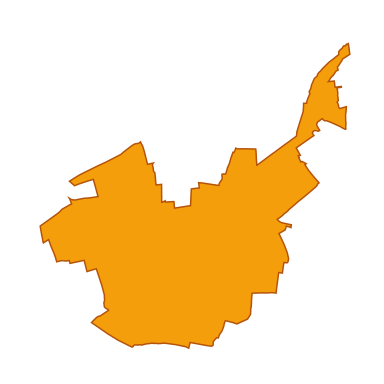 Bals, Iasi, Romania (Mercator projection), rotated 94°
{"feature_id": "2599482B11292299887477", "entity_name": "Bals", "entity_type": "district", "adm_level": 2, "iso_a3": "ROU", "parent_name": "Romania", "parent_adm1": "Iasi", "projection": "mercator", "projection_center": [26.966, 47.282], "detail": "fine", "context": "isolated", "style": "filled", "palette": "amber", "viewbox_px": 384, "rotation_deg": 94, "n_neighbors": 0, "source": "geoboundaries", "source_scale": "gbopen_adm2", "svg_char_len": 5784}
<svg xmlns="http://www.w3.org/2000/svg" viewBox="0 0 384 384"><g transform="rotate(94 192 192)"><path d="M236.6,341.1L245.1,339.0L250.1,337.6L251.5,337.3L252.5,337.0L253.2,336.7L252.6,336.0L249.4,331.7L250.5,331.3L253.2,330.1L256.0,328.9L263.2,325.2L264.4,324.7L266.4,323.8L271.1,322.1L269.7,318.0L269.5,315.0L269.7,312.9L269.4,311.3L268.9,309.7L271.7,308.7L267.7,294.8L278.7,291.2L276.5,285.6L275.3,282.1L291.6,275.4L301.0,272.2L303.8,272.0L305.1,271.7L307.2,271.8L308.6,272.2L312.8,271.4L314.4,269.2L315.1,267.3L316.0,267.1L317.1,268.6L320.9,273.5L321.9,274.7L322.7,277.0L323.8,278.4L327.9,282.1L329.3,283.1L339.3,266.2L344.9,255.6L350.4,242.3L350.9,241.0L350.7,240.8L350.6,240.3L350.2,239.9L349.7,240.0L349.1,239.4L348.7,238.8L348.5,237.5L348.4,237.2L348.5,236.8L348.5,236.6L348.4,236.4L348.4,235.8L348.5,235.6L348.5,235.4L348.5,235.2L348.3,234.8L348.2,234.5L348.1,233.7L348.0,233.4L348.0,233.1L348.1,232.5L348.2,231.4L348.1,231.0L347.9,230.8L347.9,230.7L347.7,230.1L347.7,229.9L347.6,229.6L347.4,229.3L347.4,229.2L347.3,228.8L346.9,228.0L346.9,227.5L346.7,226.7L346.4,225.7L346.3,225.4L346.4,225.0L346.3,224.5L346.2,224.3L346.2,224.0L345.6,221.6L345.5,221.2L345.7,220.5L345.7,219.0L345.5,217.9L345.6,216.1L345.5,213.8L345.1,211.7L344.7,208.7L344.8,207.1L345.4,197.8L346.7,188.0L346.7,187.7L348.0,184.4L342.3,183.4L342.9,177.6L343.9,169.0L344.2,166.0L344.5,161.9L343.7,160.5L343.2,160.3L342.6,160.2L339.9,160.4L336.3,157.8L335.6,156.9L335.7,155.5L333.8,155.1L331.7,154.3L329.7,153.0L327.4,152.0L323.5,150.9L321.4,150.7L320.7,150.5L318.5,149.9L318.0,149.7L319.4,141.9L320.4,138.4L320.4,137.8L314.9,127.7L310.0,125.1L306.8,125.1L304.4,125.3L303.2,125.0L302.0,124.9L297.4,125.0L296.1,125.1L288.9,125.0L288.6,123.8L288.5,122.2L288.3,121.5L288.3,120.3L288.3,119.9L288.1,118.9L287.7,114.0L287.4,109.0L287.1,107.9L286.8,104.3L287.0,101.1L279.3,100.7L266.3,99.9L266.6,96.2L259.4,95.7L256.0,95.4L256.0,92.2L254.7,91.3L251.7,91.0L249.1,91.8L246.7,92.5L245.4,93.0L238.4,96.2L229.9,100.9L227.4,102.4L223.3,96.4L219.5,95.5L220.1,92.1L220.6,90.8L217.8,90.6L216.7,98.4L216.4,100.2L216.1,101.2L215.5,102.4L214.8,103.4L213.3,105.1L211.6,102.9L210.3,101.4L208.9,99.9L207.6,98.8L207.0,98.2L205.4,96.3L204.2,95.1L203.7,94.7L203.0,94.3L202.7,94.1L202.6,93.9L193.8,85.0L186.8,77.5L179.6,70.2L178.2,68.8L177.3,68.1L176.6,67.9L176.3,67.6L175.2,67.2L174.0,65.9L168.5,71.4L162.2,77.3L156.8,81.3L155.8,80.0L153.8,84.5L154.4,85.7L150.3,87.8L150.0,87.4L148.5,88.6L148.3,88.1L148.0,87.6L147.8,87.1L147.8,86.6L140.7,91.1L130.1,78.0L127.2,74.3L125.1,76.0L124.5,76.0L123.8,75.7L123.3,75.4L122.7,74.9L122.3,74.2L122.1,73.6L122.1,72.8L122.2,71.8L122.5,70.9L122.4,70.1L122.1,69.4L121.7,68.9L117.0,72.1L116.0,72.3L114.9,72.1L113.8,71.8L113.2,71.4L112.5,70.4L112.0,69.6L111.3,69.1L110.2,67.8L109.8,67.0L111.0,65.9L111.7,64.5L111.5,62.8L113.0,57.9L116.3,49.0L117.0,47.5L117.7,46.2L118.8,43.4L118.7,43.1L118.0,42.9L117.6,43.0L116.7,43.2L115.4,43.2L114.5,43.3L113.5,43.2L112.5,43.2L111.5,43.5L109.8,43.7L105.4,44.1L103.1,44.2L102.2,44.1L101.7,43.9L99.8,44.0L98.9,43.9L96.1,44.0L96.9,46.1L98.4,50.2L98.0,50.7L97.5,51.2L96.8,51.7L96.3,51.9L95.9,52.0L95.3,51.9L94.3,52.3L93.7,52.6L92.6,53.4L92.2,53.5L91.5,53.0L90.6,52.4L87.3,53.0L85.9,53.4L85.3,53.5L84.3,53.4L83.4,53.5L82.7,53.5L81.3,53.9L80.1,54.0L78.0,54.7L77.6,52.7L77.3,51.2L77.0,50.3L76.3,50.4L77.5,56.5L75.6,57.0L72.2,57.6L71.3,57.9L71.7,59.9L71.9,60.8L72.2,62.5L72.3,63.2L72.4,63.7L70.7,62.7L68.9,61.8L67.5,60.9L65.9,59.3L61.6,56.9L60.7,55.8L60.1,54.7L59.3,55.0L58.1,55.5L57.0,55.5L56.1,54.8L52.1,52.6L50.3,51.5L49.6,51.3L49.0,51.3L43.6,44.1L40.9,44.8L38.8,45.1L33.1,46.4L33.6,47.0L33.9,47.5L33.6,47.8L33.9,48.2L34.4,48.7L35.2,49.0L35.5,49.6L35.6,50.4L35.8,51.0L36.4,51.4L38.4,52.4L38.8,52.8L39.4,53.8L40.0,54.3L42.0,55.5L42.9,55.3L43.8,55.2L44.8,55.3L47.4,58.2L48.9,59.7L52.5,63.9L54.2,65.5L56.6,67.6L59.5,70.2L62.1,72.0L64.1,73.9L66.0,75.0L67.3,75.1L68.0,75.6L70.1,77.8L72.8,78.8L77.2,80.3L77.7,80.3L79.5,80.6L80.6,80.8L83.1,81.8L83.8,82.2L85.1,81.6L85.4,81.2L90.7,83.0L92.9,83.6L94.8,83.9L95.5,83.9L95.7,86.9L98.7,86.7L101.1,86.7L102.9,86.7L104.0,86.7L112.2,88.7L124.3,91.5L128.2,91.7L128.3,91.7L128.7,91.6L129.3,92.1L130.1,93.0L133.5,97.1L135.4,99.2L136.9,101.1L140.7,105.6L145.8,111.5L147.9,114.1L149.5,116.0L151.4,118.2L154.9,122.2L156.7,124.3L159.7,127.8L160.5,128.8L160.7,129.3L159.2,129.4L154.6,130.1L147.6,130.9L144.7,131.4L145.0,138.1L145.2,142.0L145.4,145.0L145.6,146.9L145.7,148.1L145.7,149.9L145.2,151.4L146.7,151.8L149.7,152.9L149.5,153.9L155.2,155.5L161.8,156.9L162.9,157.5L164.8,158.0L165.1,158.3L166.7,158.5L168.8,159.0L170.8,159.5L171.7,159.7L171.8,162.1L171.9,162.4L172.3,163.4L176.6,162.8L178.7,163.7L178.9,164.0L180.0,164.6L181.8,165.5L182.9,165.6L183.6,165.6L183.2,171.3L182.3,182.0L182.2,186.1L187.3,185.0L187.5,185.0L188.3,189.7L189.0,192.9L205.7,192.5L208.4,204.4L209.3,208.3L202.8,209.4L203.9,217.9L203.1,218.0L202.6,218.2L203.3,219.1L203.8,220.4L204.2,220.7L204.4,221.5L186.5,222.9L187.5,228.3L186.2,228.5L185.4,228.8L179.8,229.6L175.2,230.5L174.3,231.7L169.9,232.6L168.1,233.3L167.0,233.3L165.8,232.6L167.5,238.3L155.5,242.2L150.4,244.1L145.6,246.9L146.3,247.7L146.7,247.9L147.0,248.4L147.2,248.8L147.8,251.6L148.4,253.1L149.2,254.2L150.6,256.0L156.1,262.1L156.9,263.1L159.4,265.5L162.7,270.9L165.3,275.2L168.2,280.0L172.5,287.8L182.2,304.4L183.6,306.5L185.8,309.6L189.8,315.0L193.9,309.6L192.2,306.1L188.9,298.2L186.3,291.3L203.1,285.4L203.6,287.4L203.9,288.7L205.1,294.3L205.4,296.3L205.8,299.4L206.6,302.1L207.0,304.0L207.9,306.9L208.1,308.2L208.2,308.9L208.1,310.9L207.9,311.7L207.7,312.4L207.4,312.9L206.9,313.6L206.7,314.0L207.9,313.2L212.4,311.3L213.4,313.2L217.7,319.6L218.5,320.7L219.1,321.2L220.3,322.0L221.1,322.7L222.1,323.8L223.7,325.6L227.8,330.5L236.6,341.1Z" fill="#f59e0b" stroke="#b45309" stroke-width="1.5"/></g></svg>